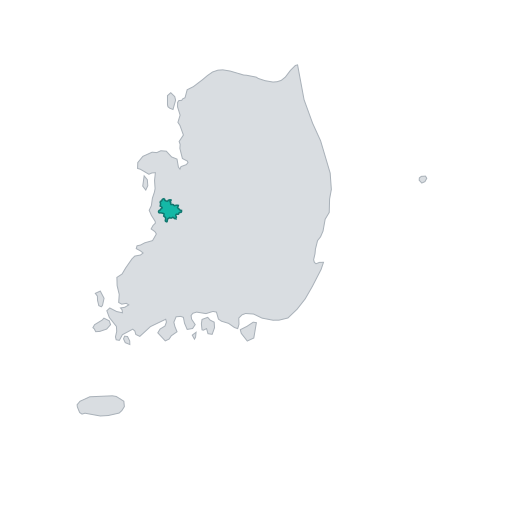 location of Buyeo-gun, South Chungcheong, South Korea, rotated 14°
{"feature_id": "91817680B35509676151777", "entity_name": "Buyeo-gun", "entity_type": "district", "adm_level": 2, "iso_a3": "KOR", "parent_name": "South Korea", "parent_adm1": "South Chungcheong", "projection": "robinson", "projection_center": [126.867, 36.225], "detail": "fine", "context": "in_parent", "style": "filled", "palette": "teal", "viewbox_px": 512, "rotation_deg": 14, "n_neighbors": 0, "source": "geoboundaries", "source_scale": "gbopen_adm2", "svg_char_len": 4579}
<svg xmlns="http://www.w3.org/2000/svg" viewBox="0 0 512 512"><g transform="rotate(14 256 256)"><path d="M147.0,121.1L148.8,119.7L148.9,117.8L149.0,111.3L154.2,106.9L161.6,97.7L165.2,92.7L169.3,88.0L174.1,84.9L178.8,83.4L186.2,82.8L200.3,83.4L203.1,82.9L212.9,82.4L215.3,83.2L222.4,83.7L230.4,83.1L234.3,81.8L238.0,79.5L241.2,75.3L244.5,67.6L248.1,61.6L250.1,60.5L264.8,92.7L278.8,113.5L290.8,128.6L307.9,157.6L313.0,173.2L313.6,182.8L316.5,196.0L314.2,203.6L315.0,215.6L314.0,221.7L312.0,226.2L312.0,234.9L312.7,239.6L312.8,245.7L314.2,248.1L316.1,249.0L319.2,246.8L323.0,245.8L322.4,253.3L318.0,272.0L314.1,285.7L308.8,297.6L302.0,308.4L293.8,312.7L288.0,314.2L276.9,314.8L267.7,312.9L259.8,314.3L256.6,316.5L254.3,320.4L256.0,326.4L255.8,330.9L252.4,330.6L245.7,328.0L238.2,327.6L234.8,326.3L231.2,320.0L227.6,320.2L221.4,324.0L211.9,324.8L208.5,326.9L207.4,329.5L208.8,332.9L213.6,337.3L212.0,341.7L207.0,343.9L202.9,338.5L200.4,333.1L197.6,332.8L193.2,334.3L192.3,340.1L194.4,344.1L197.7,348.6L193.1,353.9L191.8,357.6L188.5,360.3L179.3,354.3L180.6,350.1L184.6,346.0L185.1,341.8L183.7,339.2L170.7,350.0L162.7,362.1L158.4,361.2L156.6,358.1L154.1,356.8L145.4,364.7L143.8,370.9L140.6,371.1L139.2,368.5L139.1,362.9L137.6,358.1L128.6,351.2L124.5,345.2L126.7,341.8L134.2,343.6L140.2,343.4L139.0,340.5L137.1,339.2L141.1,337.5L144.4,334.2L141.6,333.3L137.4,335.2L134.0,334.3L132.6,326.4L128.4,318.3L126.2,310.4L130.4,305.9L132.5,298.9L136.4,288.7L138.4,285.4L143.7,283.0L145.7,280.4L142.7,279.0L138.0,277.8L138.1,274.9L141.3,273.3L144.9,270.1L151.9,266.1L154.0,258.7L152.0,256.8L147.7,255.1L148.7,251.3L150.4,248.5L149.8,246.8L144.7,241.9L141.3,237.5L142.3,232.5L141.5,224.9L142.0,218.5L141.8,215.1L139.3,207.3L138.2,199.5L134.9,200.6L132.3,202.6L122.8,199.8L119.9,199.7L118.7,193.9L122.1,186.7L130.1,180.4L134.7,179.7L138.2,176.9L143.6,176.0L150.1,180.3L155.9,181.1L159.2,188.5L161.2,190.1L161.6,187.4L166.3,184.2L167.4,181.8L166.4,180.5L161.0,179.2L156.1,170.0L155.4,166.0L153.7,163.5L156.3,156.2L150.7,147.8L147.9,145.2L148.3,137.7L145.4,132.9L143.8,130.3L142.8,125.8L143.6,123.8L146.2,123.0L147.0,121.1ZM128.1,449.9L125.4,451.5L122.9,450.6L122.2,449.8L119.2,445.7L118.4,443.6L120.4,439.5L128.8,432.8L150.5,426.4L154.4,426.1L162.9,428.9L164.7,434.0L163.2,438.5L161.2,441.5L151.3,446.5L143.6,448.9L128.1,449.9ZM273.7,336.1L268.1,340.6L260.4,334.6L258.6,331.3L264.3,326.4L269.3,320.9L272.5,320.6L273.7,336.1ZM233.1,335.6L232.4,342.6L228.2,343.0L225.6,338.4L222.9,340.7L221.5,340.7L219.4,335.0L219.0,330.6L224.0,327.2L227.0,329.3L231.4,330.3L233.1,335.6ZM122.6,367.0L118.8,368.2L116.6,365.7L115.1,365.0L116.0,361.7L122.3,355.3L123.5,353.1L129.3,354.4L131.5,357.8L128.8,363.0L122.6,367.0ZM140.3,124.3L140.0,133.9L136.7,133.5L134.5,132.5L133.5,130.6L131.3,121.8L133.8,118.2L138.6,121.0L140.3,124.3ZM119.0,341.0L118.2,342.7L115.5,342.2L112.9,337.2L111.8,333.3L109.1,331.1L113.4,327.7L118.8,333.8L119.0,341.0ZM134.0,214.0L133.1,218.7L129.2,215.6L128.1,205.3L132.1,208.3L134.0,214.0ZM401.9,143.0L399.2,145.1L396.0,143.0L395.6,140.7L397.2,138.7L401.1,137.5L402.9,139.3L401.9,143.0ZM154.0,369.0L155.0,372.4L150.1,371.7L147.5,368.4L147.9,365.6L150.8,365.2L154.0,369.0ZM217.0,349.4L216.4,351.6L213.3,348.2L216.3,344.5L217.0,349.4Z" fill="#d9dde1" stroke="#a8b0b8" stroke-width="1"/><path d="M168.4,225.7L167.2,225.8L166.3,226.1L165.6,226.4L164.8,226.9L164.0,226.8L163.6,226.3L162.8,226.1L161.9,226.4L161.0,226.6L160.5,226.0L160.4,225.0L160.1,224.3L159.4,224.2L159.3,223.7L159.5,223.1L160.1,222.7L159.9,222.1L158.6,222.4L158.0,222.8L157.4,223.1L157.2,223.8L156.6,224.4L154.8,224.3L154.0,224.0L153.7,223.1L152.8,222.8L152.7,222.7L151.8,223.3L151.3,223.9L151.3,224.7L151.0,225.6L150.1,226.0L150.0,227.0L150.7,228.2L150.9,229.1L150.9,230.0L151.0,230.8L151.9,231.0L153.0,231.5L153.3,232.0L152.9,232.6L152.5,233.1L152.1,233.7L151.9,234.6L151.0,235.2L150.7,235.9L150.7,236.7L150.9,237.0L151.2,237.4L152.2,237.5L152.9,237.2L153.9,237.1L155.3,237.1L156.5,237.3L156.8,238.3L156.8,239.6L157.8,240.1L158.8,240.5L159.2,241.3L159.4,242.9L159.4,243.6L159.8,244.2L160.9,244.5L161.4,244.2L161.4,243.3L161.3,242.2L161.5,241.0L162.4,240.4L162.8,239.6L163.8,239.8L164.5,239.8L165.3,239.2L165.8,238.6L166.7,238.7L167.3,239.1L167.9,239.4L169.2,239.3L168.9,238.9L169.2,238.5L169.4,237.9L169.2,237.2L168.6,236.6L168.3,236.0L168.4,235.1L168.8,234.6L169.6,234.5L170.5,234.3L170.8,233.8L170.8,233.0L171.2,232.4L171.8,232.1L172.5,231.9L172.9,231.5L173.0,230.8L172.7,229.8L172.0,230.0L170.9,229.7L170.3,229.2L169.1,228.7L168.1,227.9L168.4,226.6L168.4,225.7Z" fill="#14b8a6" stroke="#0f766e" stroke-width="1.5"/></g></svg>